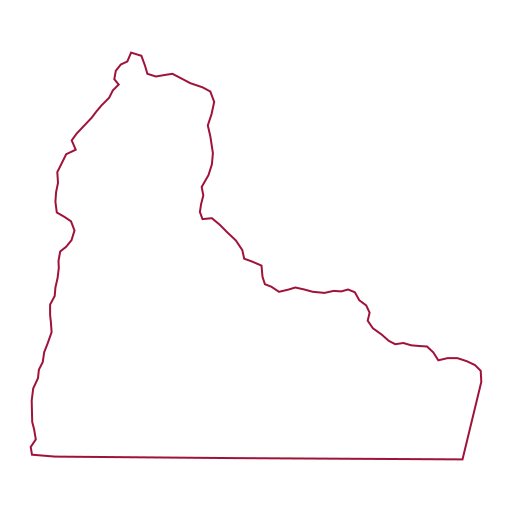 the district of Novo Alegre, Tocantins, Brazil
{"feature_id": "56859067B17905501648967", "entity_name": "Novo Alegre", "entity_type": "district", "adm_level": 2, "iso_a3": "BRA", "parent_name": "Brazil", "parent_adm1": "Tocantins", "projection": "albers", "projection_center": [-46.567, -12.888], "detail": "fine", "context": "isolated", "style": "outline", "palette": "rose", "viewbox_px": 512, "rotation_deg": 0, "n_neighbors": 0, "source": "geoboundaries", "source_scale": "gbopen_adm2", "svg_char_len": 1494}
<svg xmlns="http://www.w3.org/2000/svg" viewBox="0 0 512 512"><path d="M32.0,454.7L55.0,456.6L233.2,458.1L250.6,458.2L462.5,459.4L481.3,381.9L480.7,370.8L475.0,365.1L466.8,361.2L457.3,358.1L447.7,358.1L438.3,360.3L433.3,352.4L427.0,346.5L419.0,346.0L411.2,345.3L403.3,343.0L395.2,344.2L388.7,340.8L381.6,334.5L372.9,328.3L367.7,320.7L369.6,312.7L366.2,305.4L359.3,300.3L354.9,292.3L348.1,289.5L341.3,291.4L333.6,290.9L324.5,292.9L312.8,291.8L303.9,289.4L295.3,287.5L288.4,289.6L279.0,291.8L271.3,286.7L264.9,284.2L262.5,276.8L261.5,265.6L251.7,261.4L244.2,258.7L242.3,250.1L235.9,240.5L227.0,232.1L219.8,224.8L211.9,218.2L202.5,219.1L199.9,212.0L201.1,204.1L203.3,195.5L201.7,186.9L208.5,175.1L211.9,164.3L212.9,153.2L211.6,144.6L210.3,136.2L207.8,125.4L211.5,114.3L214.2,101.9L210.3,91.5L202.5,87.3L190.1,83.1L180.5,78.0L172.4,73.8L164.6,75.0L155.9,76.5L147.4,73.8L145.0,65.7L141.4,55.8L131.1,52.6L127.3,61.5L120.8,64.5L115.8,70.8L114.3,79.2L118.7,84.6L112.9,90.3L109.1,97.8L101.6,105.3L96.6,111.2L91.6,117.8L83.9,125.9L76.7,133.5L71.7,140.4L75.7,149.7L66.2,154.2L61.8,163.1L57.3,172.1L58.0,182.9L56.1,192.1L55.4,201.7L56.8,212.5L64.3,216.8L71.0,221.3L74.5,230.5L71.5,240.2L66.2,246.7L60.2,251.5L58.5,260.9L58.8,268.0L57.6,277.9L55.4,287.6L54.7,296.0L50.1,304.6L50.1,315.0L50.9,322.3L51.6,332.2L47.5,343.8L44.2,352.2L42.7,362.2L38.9,369.6L38.0,378.1L33.2,388.5L31.7,400.5L32.0,413.1L32.2,421.9L34.1,429.3L35.8,439.4L30.7,447.0L32.0,454.7Z" fill="none" stroke="#9f1239" stroke-width="2"/></svg>